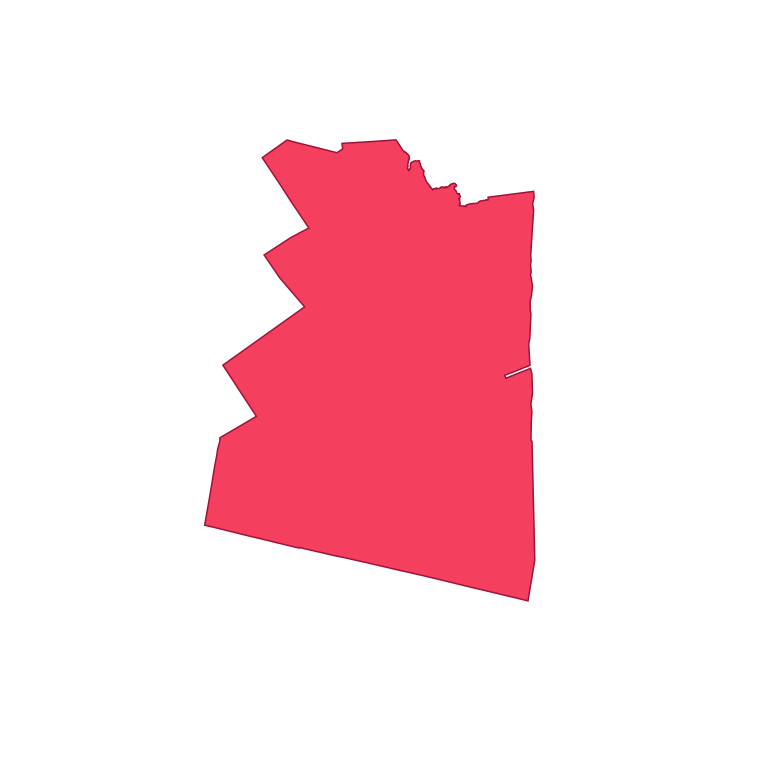 outline of General Juan Madariaga, Buenos Aires, Argentina, rotated 330°
{"feature_id": "61730980B92703930088749", "entity_name": "General Juan Madariaga", "entity_type": "district", "adm_level": 2, "iso_a3": "ARG", "parent_name": "Argentina", "parent_adm1": "Buenos Aires", "projection": "equal_earth", "projection_center": [-56.992, -37.156], "detail": "fine", "context": "isolated", "style": "filled", "palette": "rose", "viewbox_px": 768, "rotation_deg": 330, "n_neighbors": 0, "source": "geoboundaries", "source_scale": "gbopen_adm2", "svg_char_len": 5739}
<svg xmlns="http://www.w3.org/2000/svg" viewBox="0 0 768 768"><g transform="rotate(330 384 384)"><path d="M609.9,292.0L567.6,274.3L567.4,274.3L567.4,274.6L567.5,274.7L567.3,275.3L567.0,275.6L566.9,275.8L566.1,276.1L566.0,276.6L565.8,276.6L565.1,275.9L564.7,275.6L564.0,275.6L563.8,275.4L563.4,275.5L562.9,275.4L562.6,275.3L562.3,274.9L561.5,274.7L561.1,274.7L559.6,273.9L559.3,273.8L558.9,273.9L558.2,273.6L557.0,273.6L556.5,273.8L556.1,274.2L555.5,274.3L555.1,274.2L554.0,273.4L553.1,273.2L552.9,273.2L552.6,273.0L552.4,272.9L552.1,272.5L551.9,272.4L551.5,272.4L551.1,272.1L550.7,272.0L550.1,271.6L549.6,271.5L548.9,271.2L548.7,271.2L548.0,270.8L547.3,270.6L546.7,270.6L546.0,270.5L545.5,270.5L545.0,270.2L544.8,270.3L543.8,270.4L543.7,270.5L543.7,270.9L543.6,271.2L543.5,271.3L543.4,271.2L543.3,270.8L543.1,270.7L542.9,270.5L542.7,270.3L542.4,270.3L542.2,270.1L542.1,269.9L542.1,269.7L541.9,269.6L541.3,269.4L540.6,268.7L540.1,268.4L539.9,268.2L539.7,268.2L539.1,267.6L539.0,267.4L539.1,267.1L539.1,266.8L538.9,266.8L538.8,267.0L538.5,266.9L538.8,266.6L539.4,266.4L539.5,266.2L540.1,266.0L540.3,265.7L540.6,264.8L540.8,263.9L540.9,263.7L541.3,262.8L541.9,262.3L541.9,262.1L541.9,261.8L541.9,261.6L541.8,261.4L541.5,261.3L541.5,260.9L541.8,260.5L543.0,260.4L543.4,260.2L543.8,259.9L543.9,259.7L543.9,259.3L543.7,258.1L543.7,257.8L543.7,257.5L543.7,257.3L543.8,257.2L544.0,257.3L544.3,257.5L544.4,257.4L544.4,257.0L544.4,256.8L544.2,256.6L543.8,256.6L543.6,256.7L543.4,256.8L543.3,256.7L543.2,256.5L543.3,256.2L543.2,256.1L542.9,256.0L542.7,255.7L542.5,255.2L542.6,254.9L542.7,254.6L542.8,254.1L542.9,252.5L542.7,252.0L542.7,251.7L542.4,251.2L542.4,250.5L542.6,249.9L542.8,249.7L543.1,249.4L543.3,249.1L543.6,248.5L544.0,248.8L544.3,248.7L544.8,248.7L544.9,248.9L545.2,248.7L545.7,248.8L546.1,248.5L546.2,248.3L546.1,248.0L546.1,247.6L545.8,246.0L545.0,245.2L544.7,245.0L543.4,244.8L543.1,244.7L542.9,244.8L542.1,244.4L541.4,244.4L540.5,244.7L540.1,244.7L539.9,244.8L540.0,245.1L539.5,245.3L538.5,245.1L538.1,245.2L537.7,245.1L537.4,245.2L537.0,245.3L536.7,245.2L536.8,244.9L536.9,244.7L536.7,244.5L536.6,244.9L536.5,245.1L535.8,245.1L535.4,244.7L535.5,244.3L535.4,244.0L535.0,243.9L534.8,244.0L534.7,244.1L534.7,244.3L534.2,244.0L533.9,244.0L533.8,243.9L533.8,243.6L533.8,243.2L533.7,243.0L533.6,242.9L533.2,242.9L533.0,242.6L533.0,242.4L532.9,242.3L532.5,242.2L532.1,242.4L531.6,242.0L531.3,242.0L531.4,242.4L530.9,242.5L530.4,242.5L530.0,242.4L529.3,242.1L528.9,242.0L528.7,241.9L528.4,241.8L527.7,241.5L527.6,241.4L527.2,241.0L527.5,240.6L527.2,240.4L526.8,240.4L526.7,240.7L526.6,240.8L526.4,240.8L525.6,240.5L525.6,240.2L525.1,239.9L524.8,239.7L524.5,239.7L524.3,239.8L523.5,239.9L523.3,240.2L523.0,240.2L523.0,239.8L523.1,239.1L523.1,238.9L523.1,238.4L523.0,238.0L522.8,237.4L522.8,236.7L522.5,236.6L522.5,236.4L522.7,236.2L522.6,235.9L522.4,235.7L522.5,235.5L522.6,234.5L522.5,234.4L522.4,234.1L522.5,233.7L522.3,233.0L522.3,232.4L522.0,232.0L522.0,231.4L521.9,231.2L522.0,230.9L521.9,230.7L522.0,230.0L522.0,229.7L521.9,229.6L521.9,229.0L521.9,228.9L522.1,228.6L522.1,228.3L522.1,228.2L522.2,227.8L522.3,227.5L522.4,226.6L522.4,226.3L522.4,226.1L522.8,225.5L522.9,225.0L522.7,224.6L522.7,224.1L522.7,223.3L522.8,223.0L522.9,222.7L523.1,222.7L523.3,221.9L523.5,221.5L523.7,221.1L523.8,221.0L524.0,220.9L524.2,220.7L524.5,220.0L524.8,220.0L524.9,219.8L524.9,219.7L525.1,219.3L525.0,219.1L525.1,218.9L525.0,218.5L524.9,218.5L524.8,218.3L524.7,217.6L524.5,217.3L524.7,216.8L524.8,216.7L524.7,216.4L524.7,216.2L524.7,215.7L524.8,215.2L524.8,214.8L524.8,214.6L524.8,214.3L524.5,214.0L524.5,213.7L524.8,213.1L525.0,213.0L525.2,212.5L525.5,212.0L525.7,211.3L525.6,210.9L525.5,210.7L525.6,210.2L525.8,209.8L525.7,209.1L525.8,208.8L526.2,208.5L525.6,207.9L524.0,207.5L523.4,206.9L523.2,206.7L522.6,206.3L521.2,206.1L520.6,205.8L520.0,205.8L519.4,206.1L518.8,206.1L518.5,205.9L518.2,205.8L518.1,206.2L517.6,206.4L517.2,206.6L516.9,207.0L516.5,207.3L516.1,208.1L515.7,208.4L515.5,209.0L515.0,210.1L514.8,210.1L514.7,210.2L514.4,210.5L514.0,210.6L513.9,210.7L513.6,210.8L513.4,210.8L513.3,211.0L512.8,211.1L512.4,211.3L512.5,211.4L512.3,211.5L512.2,208.7L512.6,208.7L512.8,208.3L512.9,208.1L513.7,207.3L513.9,206.9L513.8,206.7L515.0,204.8L515.7,204.6L515.9,204.2L516.0,203.8L516.1,203.7L516.4,203.3L516.5,203.2L516.8,203.1L517.1,202.6L517.4,202.4L517.5,202.3L517.9,202.3L517.9,202.0L518.6,201.2L518.9,201.0L519.0,200.8L519.2,200.5L519.2,200.1L519.6,199.5L519.8,198.9L519.8,198.1L519.6,197.7L519.5,197.2L519.3,197.0L519.3,196.3L519.0,196.2L518.9,196.0L518.9,195.8L518.9,195.1L518.9,194.5L518.7,194.2L518.4,194.0L518.3,193.9L518.0,193.7L518.1,193.4L517.7,193.1L517.7,192.9L517.8,192.5L517.3,191.5L517.2,191.4L516.5,178.6L496.2,168.7L467.9,154.6L466.3,158.3L465.8,159.7L458.9,160.2L457.0,158.3L426.0,128.3L422.1,124.2L391.7,127.1L393.7,158.2L394.7,178.8L396.9,211.3L387.2,210.9L382.3,210.8L376.1,210.6L344.7,212.3L346.6,237.8L346.9,240.7L353.8,277.5L253.9,287.1L257.3,348.2L215.1,348.5L213.1,351.6L207.4,357.2L203.7,361.9L195.7,371.2L193.4,374.0L185.7,383.4L179.2,391.4L158.1,416.6L165.4,423.4L174.6,432.3L190.8,447.9L199.1,455.7L213.0,469.0L222.3,477.8L228.4,483.6L228.8,483.2L235.7,489.6L255.8,508.4L262.1,513.9L276.2,526.9L296.9,546.2L305.0,553.8L321.6,569.1L329.7,576.8L357.9,603.7L400.3,643.8L426.6,611.8L483.5,507.7L483.2,506.0L492.0,491.5L498.3,481.8L501.1,474.9L508.0,466.3L517.2,449.1L518.7,443.7L492.4,439.9L492.8,436.8L502.2,438.3L519.8,440.8L529.3,421.7L530.1,420.7L532.9,417.7L546.4,396.6L547.4,393.5L551.8,385.7L555.6,381.5L561.6,373.4L565.4,363.2L565.7,362.5L567.5,360.6L570.5,354.0L572.9,351.0L575.1,346.4L587.0,328.4L600.4,308.5L602.9,302.2L607.1,297.8L609.9,292.0Z" fill="#f43f5e" stroke="#9f1239" stroke-width="1.5"/></g></svg>